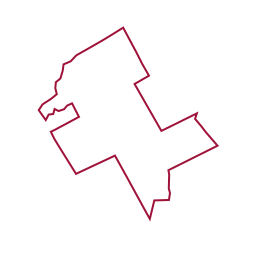 Boa Vista do Sul, Rio Grande do Sul, Brazil, rotated 331°
{"feature_id": "56859067B52990644407609", "entity_name": "Boa Vista do Sul", "entity_type": "district", "adm_level": 2, "iso_a3": "BRA", "parent_name": "Brazil", "parent_adm1": "Rio Grande do Sul", "projection": "robinson", "projection_center": [-51.681, -29.359], "detail": "fine", "context": "isolated", "style": "outline", "palette": "rose", "viewbox_px": 256, "rotation_deg": 331, "n_neighbors": 0, "source": "geoboundaries", "source_scale": "gbopen_adm2", "svg_char_len": 726}
<svg xmlns="http://www.w3.org/2000/svg" viewBox="0 0 256 256"><g transform="rotate(331 128 128)"><path d="M191.1,152.5L195.3,148.6L155.8,146.7L155.4,116.5L155.1,92.7L171.7,92.4L171.5,78.5L172.0,66.5L172.4,37.9L151.8,38.9L142.9,39.1L117.9,39.4L110.2,41.9L102.5,41.1L98.7,46.2L92.9,51.9L87.1,53.0L83.8,57.8L82.1,63.9L74.8,65.2L64.8,65.9L58.6,69.1L59.9,81.2L65.1,77.8L69.4,79.5L73.0,75.8L75.5,79.5L81.2,80.6L85.6,78.9L91.0,79.3L90.5,94.5L62.0,94.1L58.7,93.9L58.3,101.5L58.7,111.1L59.8,133.0L60.3,142.9L103.2,145.8L103.2,170.8L103.0,206.5L103.0,218.1L115.9,204.1L128.9,210.8L133.1,205.4L134.4,200.6L141.6,188.4L142.9,184.5L197.7,186.9L194.0,169.1L192.9,161.7L191.1,152.5Z" fill="none" stroke="#9f1239" stroke-width="2"/></g></svg>